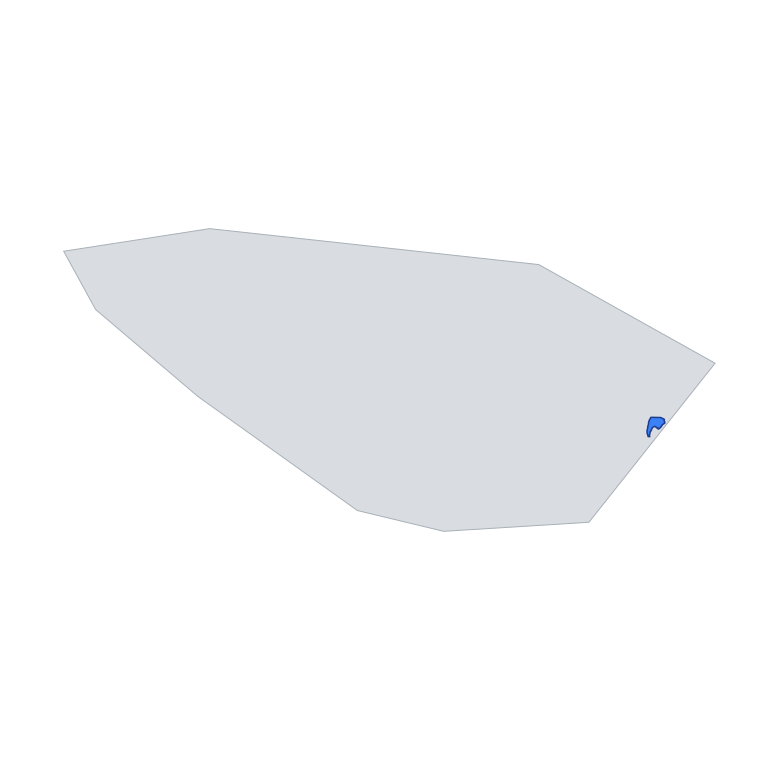 location of Village, Laborie, Saint Lucia, rotated 274°
{"feature_id": "8701671B19884465022303", "entity_name": "Village", "entity_type": "district", "adm_level": 2, "iso_a3": "LCA", "parent_name": "Saint Lucia", "parent_adm1": "Laborie", "projection": "robinson", "projection_center": [-60.996, 13.749], "detail": "fine", "context": "in_parent", "style": "filled", "palette": "blue", "viewbox_px": 768, "rotation_deg": 274, "n_neighbors": 0, "source": "geoboundaries", "source_scale": "gbopen_adm2", "svg_char_len": 2355}
<svg xmlns="http://www.w3.org/2000/svg" viewBox="0 0 768 768"><g transform="rotate(274 384 384)"><path d="M513.9,530.1L427.8,712.8L260.4,598.1L241.2,453.8L255.9,366.3L358.4,199.5L438.2,91.1L494.1,55.2L526.8,199.1L513.9,530.1Z" fill="#d9dde1" stroke="#a8b0b8" stroke-width="1"/><path d="M350.0,651.2L350.1,652.7L350.3,652.7L350.5,652.5L350.6,652.4L350.8,652.4L351.0,652.4L351.3,652.4L351.6,652.4L351.8,652.5L352.1,652.6L352.3,652.6L352.6,652.7L352.9,652.7L353.0,652.7L353.4,652.7L353.5,652.7L354.0,652.7L354.3,652.8L354.5,652.8L354.8,652.9L354.8,653.0L355.0,653.1L355.3,653.2L355.4,653.3L355.5,653.3L355.8,653.4L355.8,653.5L356.0,653.5L356.3,653.7L356.5,653.8L356.8,654.0L357.0,654.1L357.3,654.1L357.5,654.2L357.8,654.2L358.0,654.3L358.3,654.4L358.5,654.5L358.8,654.6L359.0,654.7L359.1,654.8L359.4,655.1L359.5,655.2L359.6,655.3L359.7,655.5L359.8,655.6L359.9,655.8L360.0,656.0L360.2,656.3L360.3,656.7L360.5,657.1L360.5,657.5L360.5,657.8L360.4,657.9L360.3,658.0L360.1,658.2L360.1,658.3L359.9,658.5L359.7,658.7L359.5,658.9L359.5,659.0L359.4,659.0L359.4,659.3L359.3,659.5L359.2,659.6L359.1,659.8L358.9,659.9L358.9,660.0L358.6,660.1L358.5,660.3L358.4,660.4L358.4,660.5L358.4,660.8L358.5,660.8L358.4,660.9L358.4,661.0L358.5,661.0L358.4,661.1L358.5,661.2L358.5,661.3L358.6,661.5L358.8,661.8L359.0,662.0L359.3,662.3L359.5,662.5L359.8,662.8L360.0,662.9L360.1,663.0L360.3,663.1L360.5,663.2L360.5,663.3L360.8,663.4L360.8,663.5L361.0,663.6L361.2,663.8L361.3,663.8L361.5,663.9L361.8,663.9L362.0,664.0L362.3,664.2L362.3,664.3L362.5,664.3L362.9,664.5L363.0,664.7L363.1,664.8L363.2,665.0L363.3,665.2L363.4,665.3L363.5,665.4L363.6,665.5L363.8,665.7L363.8,665.8L364.0,666.0L364.1,666.3L364.2,666.5L364.3,666.7L364.5,666.7L364.8,666.7L365.0,666.6L365.3,666.6L365.5,666.7L365.7,666.8L365.8,666.8L365.9,666.7L366.0,666.7L366.2,666.4L366.3,666.3L366.4,666.2L366.5,666.2L366.9,666.1L367.0,666.1L367.3,666.0L367.3,665.9L367.5,665.9L367.8,665.9L368.0,666.0L368.3,666.1L369.6,663.1L369.9,662.2L369.7,659.0L369.4,652.8L369.2,652.5L368.9,652.3L368.6,652.1L368.4,652.2L367.9,652.0L366.7,651.3L366.5,651.2L364.9,650.8L363.9,650.6L362.9,650.6L362.5,650.6L362.0,650.6L361.2,650.3L359.8,650.1L358.9,650.1L358.3,650.1L357.6,649.9L356.3,649.7L354.9,649.7L353.4,649.9L353.0,650.0L352.3,650.3L350.4,651.1L350.1,651.1L350.0,651.2Z" fill="#3b82f6" stroke="#1e3a8a" stroke-width="1.5"/></g></svg>